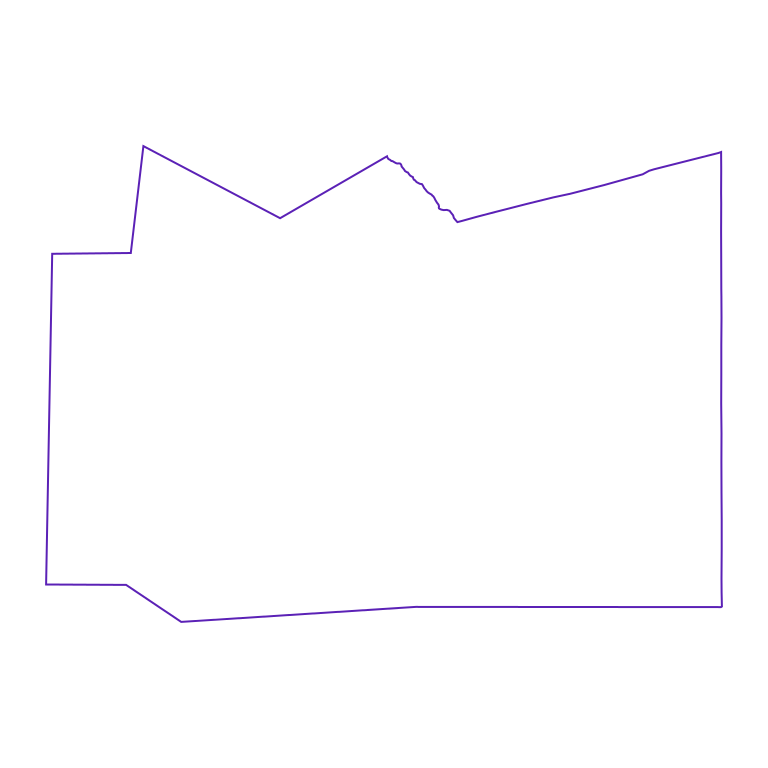 Tin-Essako, Kidal, Mali (Equal Earth projection)
{"feature_id": "8926073B78830545080626", "entity_name": "Tin-Essako", "entity_type": "district", "adm_level": 2, "iso_a3": "MLI", "parent_name": "Mali", "parent_adm1": "Kidal", "projection": "equal_earth", "projection_center": [3.476, 18.561], "detail": "fine", "context": "isolated", "style": "outline", "palette": "violet", "viewbox_px": 768, "rotation_deg": 0, "n_neighbors": 0, "source": "geoboundaries", "source_scale": "gbopen_adm2", "svg_char_len": 1385}
<svg xmlns="http://www.w3.org/2000/svg" viewBox="0 0 768 768"><path d="M721.9,606.5L721.6,592.4L721.5,578.7L721.7,548.9L721.7,519.9L721.5,491.6L721.4,461.6L721.5,433.4L721.2,403.5L721.3,375.0L721.3,345.5L721.5,317.9L721.4,296.4L721.3,289.3L721.2,256.3L721.1,231.2L721.2,203.1L721.1,193.2L721.2,171.7L721.2,167.7L721.1,152.0L718.4,153.0L689.5,160.3L654.0,169.3L649.1,170.8L642.7,174.3L604.0,185.1L569.3,194.0L569.1,194.0L553.3,197.4L526.5,204.0L506.6,209.1L495.2,212.0L476.8,216.8L461.7,221.0L457.4,222.1L455.8,220.3L453.9,218.0L453.1,215.3L450.7,212.3L449.6,210.8L446.9,209.9L443.6,210.1L441.3,209.6L439.7,208.9L439.0,208.4L438.8,207.7L439.0,206.4L438.5,204.6L437.0,202.7L435.3,199.9L434.4,198.0L433.3,196.3L432.2,195.5L431.6,194.6L430.6,194.1L428.8,193.0L427.8,192.3L426.6,191.1L425.6,189.7L424.2,188.1L422.8,185.4L421.9,184.1L421.2,184.0L419.8,183.8L416.6,182.1L414.8,180.1L413.9,179.7L413.3,178.6L412.9,177.1L411.8,176.6L410.2,175.6L409.1,174.3L407.9,172.5L406.7,172.1L405.0,171.0L404.1,169.5L402.7,167.8L401.6,166.5L401.5,165.7L401.0,164.4L400.0,163.5L398.9,163.4L397.2,163.5L395.9,163.1L393.8,161.9L392.5,161.1L391.4,161.0L390.1,159.9L388.4,159.0L387.7,158.0L387.1,156.8L387.1,156.7L387.0,156.3L280.1,218.2L143.4,146.1L130.8,253.0L52.2,253.8L46.1,584.5L126.1,584.9L181.2,621.9L415.6,606.9L720.7,607.1L721.0,607.1L721.9,606.5Z" fill="none" stroke="#5b21b6" stroke-width="2"/></svg>